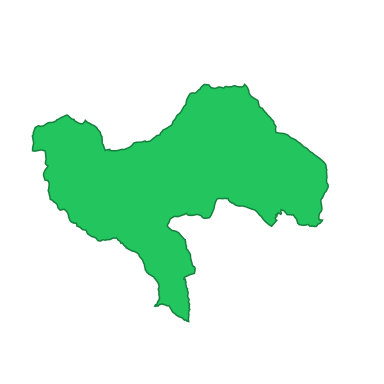 the district of Apold, Mures, Romania, rotated 158°
{"feature_id": "2599482B12503571403432", "entity_name": "Apold", "entity_type": "district", "adm_level": 2, "iso_a3": "ROU", "parent_name": "Romania", "parent_adm1": "Mures", "projection": "mercator", "projection_center": [24.86, 46.147], "detail": "fine", "context": "isolated", "style": "filled", "palette": "green", "viewbox_px": 384, "rotation_deg": 158, "n_neighbors": 0, "source": "geoboundaries", "source_scale": "gbopen_adm2", "svg_char_len": 6048}
<svg xmlns="http://www.w3.org/2000/svg" viewBox="0 0 384 384"><g transform="rotate(158 192 192)"><path d="M102.9,272.1L104.7,270.7L106.2,270.7L110.0,272.3L112.2,274.2L113.2,274.8L115.9,274.7L117.8,275.6L118.7,275.6L119.5,276.0L120.3,276.9L121.0,277.1L122.1,277.2L123.1,276.6L124.0,276.6L125.2,277.8L127.9,279.4L130.3,279.2L132.5,279.7L134.2,281.0L135.2,281.4L136.3,285.0L139.3,286.7L140.7,287.1L143.8,286.0L145.5,285.0L145.9,284.3L147.5,284.2L151.2,282.6L152.5,282.6L154.1,283.6L156.8,284.0L160.5,281.2L162.4,279.4L165.0,275.4L167.6,274.2L172.3,270.4L174.3,269.4L176.5,268.9L177.8,268.2L179.7,266.3L183.2,264.5L183.8,263.5L185.7,261.7L191.2,260.6L195.9,260.2L196.8,259.4L199.1,258.5L200.5,256.8L203.7,257.6L205.2,256.8L208.6,256.0L211.6,254.8L215.8,255.8L216.1,256.1L216.1,256.6L216.8,257.0L220.0,257.1L225.1,259.0L227.2,259.2L228.0,259.1L230.1,257.7L232.9,256.9L238.8,256.7L241.2,257.9L245.0,258.2L247.7,259.0L250.6,260.2L252.8,261.4L252.3,262.3L254.5,262.9L256.9,263.1L256.8,267.1L256.6,269.0L257.0,270.1L256.9,271.2L255.6,274.4L254.7,277.2L255.1,279.0L254.7,281.8L255.9,285.0L256.2,287.4L257.8,290.1L259.6,291.9L261.3,294.2L262.6,295.4L264.1,298.4L265.0,297.5L267.9,296.2L268.9,296.6L271.3,298.3L274.1,302.0L274.3,303.7L275.4,304.0L276.6,305.6L278.7,310.0L280.0,310.3L286.6,309.9L288.1,309.5L290.3,309.5L291.4,308.9L293.0,308.7L295.3,308.8L297.7,309.7L299.8,310.1L305.4,308.9L307.1,309.6L307.9,309.5L309.3,310.9L313.1,310.6L317.0,306.3L317.5,304.7L318.8,304.0L319.2,303.4L319.1,302.0L319.6,301.0L320.4,296.9L323.3,292.5L324.4,290.0L323.0,289.0L321.7,288.6L315.7,287.4L313.8,285.8L312.8,285.3L313.3,282.8L315.0,277.0L317.2,273.7L317.2,272.9L316.6,271.2L315.8,270.1L316.3,269.5L320.2,267.2L322.0,265.4L323.0,263.9L323.4,263.0L323.9,258.2L322.3,257.1L321.5,256.8L321.1,254.3L321.5,252.8L323.1,249.6L324.8,247.2L324.9,244.6L325.3,243.6L325.4,241.4L326.2,238.1L325.3,237.6L324.3,236.1L323.7,234.2L323.2,233.8L322.0,231.8L321.7,230.5L322.2,227.6L321.0,224.5L317.2,224.0L316.2,222.5L315.6,221.0L315.2,219.6L315.1,218.7L315.3,216.3L315.7,214.9L315.8,211.3L315.2,209.5L313.4,207.5L310.9,206.4L311.1,204.7L311.5,203.7L308.9,201.0L307.6,198.1L305.0,196.6L304.7,196.2L304.5,195.8L304.5,193.5L304.2,191.8L301.4,188.0L300.7,187.5L300.1,187.4L299.4,186.3L298.6,185.8L298.1,184.8L297.5,182.2L295.1,180.7L293.4,181.1L292.1,181.0L291.1,180.1L289.5,179.6L288.7,179.7L287.0,178.9L285.1,178.6L282.7,178.9L279.3,177.6L278.7,176.9L278.7,175.6L278.4,175.0L277.3,173.6L277.1,171.1L275.8,170.8L275.3,169.3L275.1,168.1L274.3,166.4L274.0,166.2L273.9,164.8L273.6,164.9L272.8,163.4L272.2,162.8L272.2,162.5L271.3,161.8L270.0,160.0L267.3,158.2L266.9,157.4L265.7,156.2L264.9,154.7L264.7,154.2L264.9,151.9L263.8,149.1L263.2,146.7L263.5,145.2L263.3,142.5L263.9,140.5L264.0,138.6L264.5,137.6L264.1,136.3L264.0,135.1L263.8,133.9L263.3,133.5L262.8,131.9L261.6,130.7L260.0,128.3L259.2,127.5L259.2,126.6L258.6,125.3L258.7,124.5L258.3,124.1L257.6,120.8L257.5,118.6L258.1,116.1L259.4,114.9L259.9,114.0L259.8,112.9L260.1,111.5L261.2,109.1L261.5,106.7L261.9,106.2L262.2,105.1L264.5,103.4L266.7,101.1L268.1,101.1L269.3,100.2L268.2,99.6L266.0,99.0L264.7,99.8L261.6,99.4L260.4,98.2L259.7,98.0L259.3,97.6L257.8,95.8L255.9,95.2L255.0,88.6L254.6,87.3L253.3,85.4L252.9,84.6L252.6,83.5L251.3,82.2L251.2,81.6L248.2,79.0L247.1,76.1L245.7,75.6L245.4,75.2L245.4,74.8L244.9,74.1L243.6,73.1L243.3,74.0L243.6,74.3L243.5,74.6L243.1,75.0L241.2,79.0L240.6,79.7L240.6,81.0L239.2,82.9L238.1,83.8L238.0,84.4L238.3,85.5L237.6,86.3L237.3,86.9L237.2,87.9L236.3,88.7L236.3,90.2L236.6,91.0L236.5,91.4L234.9,93.4L235.3,96.5L233.2,100.4L233.1,101.5L233.4,102.3L232.4,103.7L232.9,105.4L232.0,110.1L231.4,110.3L231.3,111.9L230.9,112.9L231.1,113.7L231.8,113.6L232.2,114.2L231.3,114.9L231.3,115.6L230.6,115.8L224.1,116.1L220.4,115.6L219.2,117.2L217.7,120.0L217.7,121.6L218.8,122.9L219.0,123.7L218.0,131.4L216.9,134.6L217.5,138.7L217.9,140.5L218.5,141.5L218.3,142.2L217.5,143.4L217.3,146.6L216.7,147.7L216.4,150.0L216.2,150.3L216.6,150.5L218.8,156.5L219.5,159.0L221.5,161.6L225.2,164.1L227.3,168.3L227.5,169.6L227.6,170.0L226.2,171.5L225.2,171.9L222.3,175.2L217.8,176.0L216.2,175.4L214.4,174.4L207.2,174.0L205.3,174.3L204.4,172.2L203.6,171.5L200.2,170.1L196.1,169.4L194.8,168.8L192.3,166.5L191.9,164.6L190.9,163.3L189.9,162.7L186.0,161.7L184.7,162.0L183.2,163.1L180.2,165.9L179.1,167.3L178.2,167.8L175.6,171.9L173.4,174.5L171.1,176.3L167.9,175.3L166.0,174.2L164.1,173.9L162.7,173.0L160.9,172.4L161.1,170.8L160.5,168.8L159.3,167.0L157.9,166.0L157.3,164.6L156.5,163.5L153.8,161.4L150.1,160.0L149.0,159.0L148.0,158.5L143.1,153.8L140.9,152.2L140.3,151.5L138.9,148.6L138.0,145.1L137.0,143.6L135.9,139.2L135.3,137.6L133.2,133.5L131.1,130.4L124.0,134.0L124.6,134.7L124.5,137.0L122.6,137.6L123.0,139.1L121.9,139.7L121.6,138.9L119.7,140.4L118.0,138.0L117.0,138.8L117.1,140.1L117.0,140.7L115.9,142.2L113.4,139.6L113.3,138.6L112.6,136.9L112.3,135.4L108.7,133.8L108.2,133.2L107.2,133.3L106.9,133.1L106.3,131.7L106.3,130.6L105.6,129.2L105.6,128.4L105.2,127.8L105.7,123.5L104.8,121.5L101.0,119.3L98.4,118.6L97.4,118.7L96.4,118.1L95.4,116.0L94.3,115.8L93.9,115.4L93.1,115.4L91.2,114.1L89.7,113.5L88.7,114.0L87.7,114.9L84.8,115.1L82.0,116.6L81.5,117.1L84.1,118.3L84.4,119.4L83.6,121.6L82.7,123.2L81.3,124.7L79.4,125.7L78.4,126.7L77.5,128.5L77.3,130.0L76.9,130.9L76.1,135.1L75.7,136.0L74.7,137.0L73.1,137.8L69.3,141.6L67.4,142.4L63.9,145.5L63.1,147.8L63.5,149.9L63.5,150.8L62.2,154.0L61.5,154.7L59.6,160.7L58.7,162.2L58.6,163.8L58.0,165.8L57.8,167.5L58.3,169.7L60.5,174.3L64.6,180.8L65.9,183.5L67.4,185.1L69.0,189.2L71.8,192.7L72.2,194.0L73.8,197.2L74.8,198.4L76.4,201.5L80.2,205.5L81.7,208.7L84.2,211.3L86.0,212.4L89.4,214.1L91.9,215.9L90.9,219.4L89.6,221.2L90.5,225.0L89.9,226.4L90.1,227.7L91.1,229.9L91.4,231.3L92.9,234.8L93.9,238.2L94.5,238.9L94.5,239.9L95.0,240.8L95.2,242.6L95.6,243.5L96.6,244.2L97.4,245.4L97.6,247.1L97.1,248.4L97.2,249.2L96.8,250.9L96.8,252.4L99.3,255.6L101.1,258.3L101.6,259.6L102.0,261.9L101.8,263.4L101.4,264.8L101.5,267.7L101.8,269.5L102.9,272.1Z" fill="#22c55e" stroke="#15803d" stroke-width="1.5"/></g></svg>